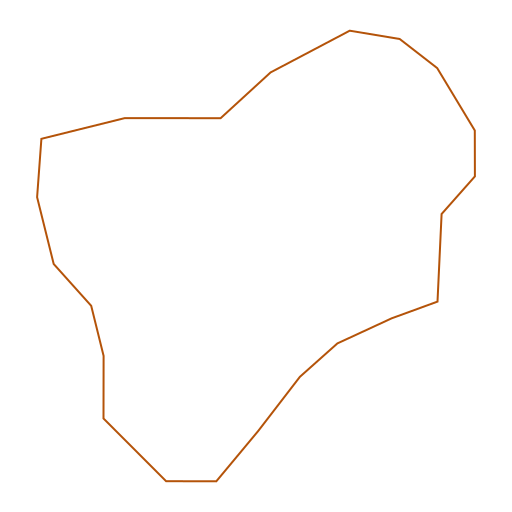 Tjörn, Västra Götaland, Sweden
{"feature_id": "70781695B41142122613038", "entity_name": "Tjörn", "entity_type": "district", "adm_level": 2, "iso_a3": "SWE", "parent_name": "Sweden", "parent_adm1": "Västra Götaland", "projection": "orthographic", "projection_center": [11.643, 58.001], "detail": "fine", "context": "isolated", "style": "outline", "palette": "amber", "viewbox_px": 512, "rotation_deg": 0, "n_neighbors": 0, "source": "geoboundaries", "source_scale": "gbopen_adm2", "svg_char_len": 394}
<svg xmlns="http://www.w3.org/2000/svg" viewBox="0 0 512 512"><path d="M349.7,30.7L270.6,72.4L220.6,118.2L124.8,118.1L41.4,138.8L37.1,197.2L53.7,264.0L91.2,305.8L103.6,355.9L103.5,418.5L166.1,481.2L216.3,481.3L258.1,431.1L299.9,376.8L337.4,343.4L391.7,318.3L437.5,301.6L441.6,214.0L474.9,176.4L474.8,130.5L437.2,68.1L399.7,39.0L349.7,30.7Z" fill="none" stroke="#b45309" stroke-width="2"/></svg>